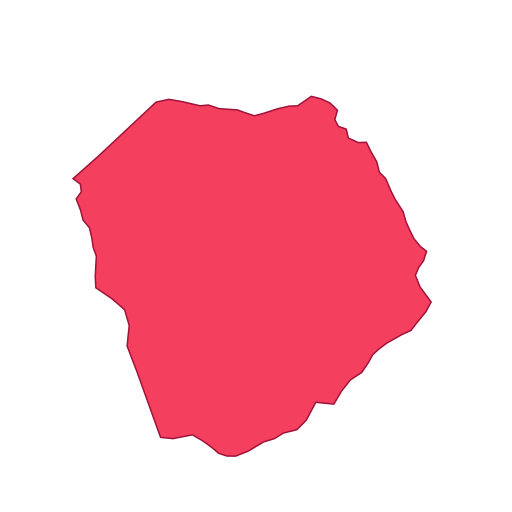 Canoas, Rio Grande do Sul, Brazil, rotated 249°
{"feature_id": "56859067B11854924468229", "entity_name": "Canoas", "entity_type": "district", "adm_level": 2, "iso_a3": "BRA", "parent_name": "Brazil", "parent_adm1": "Rio Grande do Sul", "projection": "mercator", "projection_center": [-51.18, -29.916], "detail": "fine", "context": "isolated", "style": "filled", "palette": "rose", "viewbox_px": 512, "rotation_deg": 249, "n_neighbors": 0, "source": "geoboundaries", "source_scale": "gbopen_adm2", "svg_char_len": 1188}
<svg xmlns="http://www.w3.org/2000/svg" viewBox="0 0 512 512"><g transform="rotate(249 256 256)"><path d="M393.8,112.9L386.0,117.8L378.5,115.9L373.8,108.6L361.4,108.6L351.6,107.4L342.1,110.6L331.9,109.2L322.6,107.1L313.1,106.9L294.1,98.4L283.7,95.1L268.0,106.0L253.0,114.1L236.5,112.7L218.2,103.4L190.7,103.4L120.9,101.9L115.3,112.9L111.8,132.6L102.8,139.8L93.0,146.2L85.2,150.4L79.7,157.1L76.5,165.2L76.6,178.8L79.7,196.4L78.9,207.9L80.9,218.1L79.2,231.9L84.7,244.1L98.0,259.4L89.8,275.6L99.2,287.4L106.4,299.6L109.5,313.2L116.2,322.7L122.0,329.6L125.1,337.4L127.8,346.9L130.3,363.5L131.0,374.1L136.2,382.5L143.1,394.7L150.3,403.0L168.6,398.0L180.9,397.9L187.1,403.9L191.4,410.6L199.2,416.9L205.9,412.9L215.4,409.7L225.2,408.8L233.8,408.3L244.9,409.2L259.0,406.2L268.5,405.3L281.8,404.8L290.0,401.2L300.6,402.5L312.3,400.7L322.6,399.8L325.3,392.0L333.1,384.5L342.1,385.7L347.6,379.3L355.1,378.5L362.9,384.3L372.4,379.9L379.3,373.2L385.2,364.9L381.3,348.6L384.0,340.9L385.7,329.1L386.5,313.7L387.5,304.7L393.8,297.0L399.0,291.1L406.8,274.4L414.0,265.7L416.3,257.6L426.8,242.1L433.5,230.8L435.5,217.8L405.7,144.6L393.8,112.9Z" fill="#f43f5e" stroke="#9f1239" stroke-width="1.5"/></g></svg>